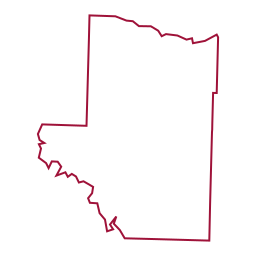 the district of Hempstead, Arkansas, United States of America
{"feature_id": "52423323B95130922587904", "entity_name": "Hempstead", "entity_type": "district", "adm_level": 2, "iso_a3": "USA", "parent_name": "United States of America", "parent_adm1": "Arkansas", "projection": "albers", "projection_center": [-93.734, 33.742], "detail": "fine", "context": "isolated", "style": "outline", "palette": "rose", "viewbox_px": 256, "rotation_deg": 0, "n_neighbors": 0, "source": "geoboundaries", "source_scale": "gbopen_adm2", "svg_char_len": 822}
<svg xmlns="http://www.w3.org/2000/svg" viewBox="0 0 256 256"><path d="M218.1,37.3L216.7,34.6L205.0,40.9L193.0,43.2L192.0,38.3L186.5,39.6L177.4,35.5L166.0,34.1L161.7,36.2L158.2,30.7L150.9,26.3L138.9,26.1L132.8,21.2L126.5,20.6L115.4,16.3L89.5,15.4L88.9,39.9L86.5,125.8L42.2,124.4L37.9,134.0L39.6,140.0L44.3,143.0L38.9,144.2L41.0,148.5L38.8,157.7L46.1,163.1L48.6,168.1L51.8,161.4L57.7,161.7L61.2,166.7L56.4,175.6L65.4,172.3L67.8,176.8L71.8,173.9L76.0,176.5L78.9,182.5L83.5,181.3L88.4,184.1L93.1,186.9L92.1,193.2L88.1,198.2L89.9,202.8L97.3,203.3L99.6,213.2L105.0,219.6L107.1,231.3L113.1,229.3L110.0,224.5L116.3,216.5L113.8,223.7L119.8,230.0L124.7,238.3L155.4,239.1L209.3,240.6L210.1,203.7L211.8,138.8L212.0,131.9L212.2,129.6L212.3,123.5L213.1,92.9L216.7,93.0L218.1,37.3Z" fill="none" stroke="#9f1239" stroke-width="2"/></svg>